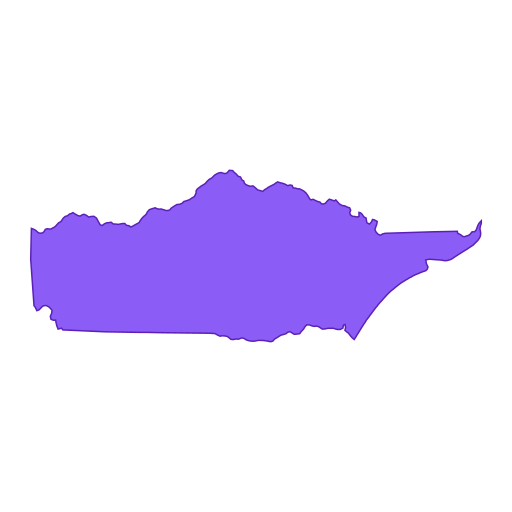 the district of Nova Viçosa, Bahia, Brazil
{"feature_id": "56859067B39841375206009", "entity_name": "Nova Viçosa", "entity_type": "district", "adm_level": 2, "iso_a3": "BRA", "parent_name": "Brazil", "parent_adm1": "Bahia", "projection": "equal_earth", "projection_center": [-39.643, -17.887], "detail": "fine", "context": "isolated", "style": "filled", "palette": "violet", "viewbox_px": 512, "rotation_deg": 0, "n_neighbors": 0, "source": "geoboundaries", "source_scale": "gbopen_adm2", "svg_char_len": 4526}
<svg xmlns="http://www.w3.org/2000/svg" viewBox="0 0 512 512"><path d="M229.3,170.3L227.1,172.9L225.2,173.6L223.0,173.2L221.1,172.5L218.5,173.0L217.0,173.7L214.5,175.2L211.9,177.9L209.0,179.5L206.5,182.0L205.3,183.5L203.6,184.6L200.9,186.2L197.3,189.0L196.1,190.8L196.1,193.0L194.4,196.6L192.0,197.9L189.4,199.7L186.3,200.8L183.9,201.5L182.2,203.2L179.7,204.3L177.0,204.5L174.2,206.1L171.0,208.3L169.8,209.9L168.2,210.4L166.3,210.6L163.9,209.8L161.2,209.0L158.9,209.1L157.0,208.7L155.2,207.8L153.4,208.3L151.5,208.9L149.3,209.7L147.4,211.9L146.3,214.1L145.0,215.4L143.6,216.5L142.0,218.2L140.4,220.3L139.0,222.7L136.7,223.9L134.3,225.2L132.6,226.2L130.8,227.0L129.0,225.7L126.4,225.3L124.8,223.5L122.8,223.5L120.6,223.9L118.3,224.4L116.1,224.1L113.4,224.0L111.0,222.2L109.2,222.6L106.7,222.8L104.4,223.8L102.2,225.5L100.3,224.9L98.8,222.4L97.5,220.0L96.5,218.1L93.9,216.3L90.8,216.5L88.8,217.1L86.5,215.4L84.2,214.3L82.3,214.7L80.2,216.1L77.9,215.6L76.2,214.6L74.6,213.7L72.9,212.6L71.1,213.6L69.5,214.0L67.6,215.7L65.1,216.5L63.1,218.3L61.1,221.4L58.4,223.0L56.0,225.7L54.5,227.1L52.6,228.0L51.1,229.0L49.1,229.0L47.3,228.7L45.4,229.3L43.9,231.8L42.5,232.9L40.9,233.2L39.0,233.0L37.5,232.0L35.9,230.5L33.6,229.2L31.4,228.4L30.7,259.3L34.0,305.6L35.3,307.4L36.9,310.7L39.0,309.9L40.5,308.4L42.0,306.8L43.4,305.8L46.1,305.5L48.6,306.7L50.1,308.1L52.0,310.2L51.7,313.1L50.3,316.4L51.0,319.3L53.6,320.3L55.6,320.1L56.0,322.4L56.8,325.8L58.1,329.1L61.6,328.2L62.8,329.9L104.7,331.8L140.9,332.4L145.0,332.4L147.5,332.4L152.1,332.5L162.0,332.7L209.4,333.2L215.0,333.6L217.8,335.2L220.1,336.2L221.8,335.8L224.2,335.9L226.9,336.3L228.5,337.3L230.8,339.3L233.1,339.6L235.8,339.0L238.5,339.2L241.8,337.9L243.9,338.4L246.3,339.9L248.8,340.7L250.4,341.0L252.5,341.2L254.8,341.1L258.1,340.4L260.5,340.4L263.6,340.5L267.0,341.0L268.8,341.4L270.9,341.7L272.8,341.1L274.7,339.0L277.6,337.3L279.4,336.1L280.9,335.2L283.8,334.4L286.0,333.7L287.9,332.2L290.1,331.7L292.6,333.3L294.2,334.3L296.7,334.1L299.7,333.7L301.4,331.3L303.5,329.2L305.0,326.7L306.7,324.9L309.4,324.9L311.7,325.8L314.1,326.4L316.6,326.1L318.7,326.7L320.3,327.8L322.3,329.1L325.1,328.9L328.0,328.3L331.0,328.3L333.3,328.3L335.0,328.8L336.8,329.4L340.1,329.5L342.9,328.1L343.4,325.2L345.0,324.5L345.6,327.6L344.9,330.3L346.6,331.8L348.5,333.2L350.4,335.8L352.2,337.8L354.2,339.5L355.7,337.2L357.0,335.0L358.3,333.0L360.0,330.2L361.6,327.6L362.8,325.7L364.0,323.9L365.3,322.0L366.5,319.9L367.7,318.5L369.1,316.6L370.2,315.0L371.5,313.4L373.5,310.6L375.5,308.0L377.1,306.1L378.4,304.4L380.0,302.5L382.0,300.4L383.8,298.3L385.3,296.7L386.7,295.1L388.2,293.6L389.7,292.1L391.4,290.6L393.6,288.9L395.3,287.4L396.7,286.3L398.2,285.1L399.9,283.8L401.9,282.4L403.9,281.2L406.0,279.9L407.9,278.8L409.4,277.8L411.2,277.0L412.8,276.0L415.9,274.5L418.2,273.6L420.5,272.6L423.6,271.4L425.8,270.7L427.2,269.3L428.0,267.0L426.5,263.9L425.7,259.9L429.5,259.2L431.9,259.4L434.4,259.6L438.6,259.9L441.4,260.1L443.8,260.6L446.4,260.7L448.4,260.2L450.7,259.5L452.7,258.4L454.6,257.0L456.5,255.8L458.8,254.3L460.6,253.2L462.1,252.2L463.9,251.1L465.5,250.1L467.0,249.2L468.5,248.2L470.7,246.7L473.3,245.0L475.1,243.1L476.7,241.6L478.0,240.2L479.4,238.2L480.4,236.0L480.7,233.4L480.4,231.1L479.9,228.7L480.5,225.8L481.3,223.5L481.3,220.8L479.2,223.0L477.9,225.4L476.9,228.0L476.1,230.2L474.4,231.8L472.1,231.8L470.2,234.1L468.7,235.3L466.7,235.9L464.5,236.7L462.8,236.4L460.3,234.5L457.8,233.4L457.3,231.3L432.9,231.8L385.1,233.3L382.7,233.9L380.4,235.2L378.3,234.4L376.2,232.3L374.9,229.6L376.1,226.0L376.8,224.0L377.2,221.4L374.2,219.8L372.5,219.5L371.6,221.7L369.5,224.1L366.9,222.8L366.0,218.0L363.9,216.9L362.2,214.4L360.8,213.0L359.0,212.4L359.0,216.5L356.8,217.0L354.9,216.5L352.5,216.3L350.5,214.9L349.7,212.8L350.7,210.2L349.6,207.8L347.5,207.2L344.9,205.9L342.2,205.5L339.3,203.9L337.2,201.5L335.8,199.9L334.3,200.9L331.5,199.9L329.3,199.2L327.6,200.7L325.3,203.3L323.5,204.0L321.4,203.8L320.0,202.1L317.7,201.5L315.6,200.6L313.1,199.3L310.7,199.9L309.4,198.4L308.4,196.5L307.1,194.5L305.9,192.9L304.0,191.2L302.5,190.3L299.7,188.9L297.3,188.7L295.5,188.1L293.3,188.0L292.1,185.4L290.1,185.0L287.6,185.6L285.1,184.2L282.6,183.3L280.7,182.9L277.6,181.9L275.7,183.1L274.1,184.3L271.7,185.5L268.2,187.3L266.4,188.7L264.7,189.6L262.7,191.4L260.6,190.7L257.7,189.9L255.4,187.8L253.0,185.9L250.4,186.3L247.6,185.4L245.6,184.4L244.3,183.0L243.7,180.9L241.9,179.9L240.5,177.0L238.1,176.2L236.2,174.0L234.0,172.2L232.7,170.6L229.3,170.3Z" fill="#8b5cf6" stroke="#5b21b6" stroke-width="1.5"/></svg>